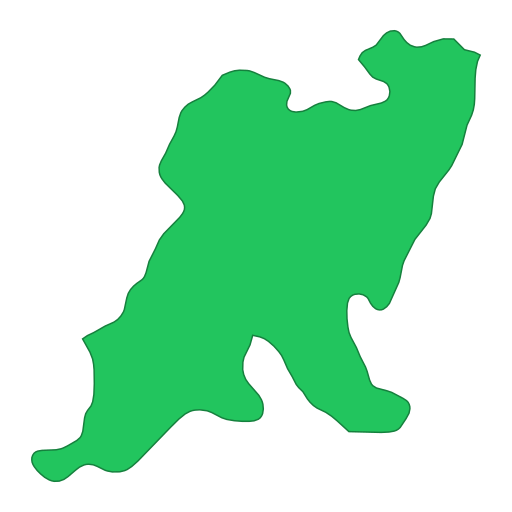 the district of Fantino, Sánchez Ramírez, Dominican Republic
{"feature_id": "3306468B63590922856333", "entity_name": "Fantino", "entity_type": "district", "adm_level": 2, "iso_a3": "DOM", "parent_name": "Dominican Republic", "parent_adm1": "Sánchez Ramírez", "projection": "albers", "projection_center": [-70.302, 19.098], "detail": "fine", "context": "isolated", "style": "filled", "palette": "green", "viewbox_px": 512, "rotation_deg": 0, "n_neighbors": 0, "source": "geoboundaries", "source_scale": "gbopen_adm2", "svg_char_len": 3681}
<svg xmlns="http://www.w3.org/2000/svg" viewBox="0 0 512 512"><path d="M453.8,39.0L443.2,38.9L433.7,41.6L425.7,45.4L421.5,46.8L416.8,47.2L414.5,46.8L410.2,45.2L406.8,42.6L404.1,39.6L399.9,33.4L398.4,32.1L396.6,31.2L394.6,30.7L390.3,31.1L386.6,32.9L383.5,35.5L376.2,45.1L372.9,47.2L365.4,50.4L362.2,52.7L360.0,56.0L358.5,59.6L364.6,66.9L369.9,74.1L372.7,77.1L376.2,79.0L383.6,81.5L386.9,83.7L388.2,85.5L389.1,87.4L389.9,91.6L389.3,95.9L388.4,97.9L387.1,99.8L385.3,101.2L381.4,103.0L370.5,105.6L360.3,109.6L355.7,110.5L351.0,110.2L348.7,109.6L344.2,107.6L336.1,102.8L331.8,101.5L329.7,101.4L325.6,101.9L319.0,103.5L314.7,105.3L307.0,109.7L302.7,111.3L296.0,112.1L291.8,111.4L289.8,110.4L288.2,109.0L287.1,107.1L286.6,105.1L286.9,101.4L290.4,93.3L290.4,90.3L289.8,88.8L288.0,86.0L285.0,83.3L283.2,82.2L278.8,80.6L269.3,78.7L264.7,77.3L254.2,72.5L249.6,70.9L247.1,70.5L239.5,70.2L234.5,70.8L230.0,72.1L222.3,75.3L214.8,85.2L208.1,92.1L204.5,95.2L200.7,97.8L192.3,101.9L188.2,104.2L184.8,107.2L181.9,110.8L180.8,112.8L179.2,117.5L177.3,127.1L176.0,131.8L174.1,136.0L169.6,144.2L165.7,153.1L161.3,160.9L159.6,165.0L159.1,167.5L159.3,172.4L159.9,174.8L160.9,177.1L162.2,179.2L165.2,183.1L177.8,195.5L182.4,201.0L184.3,205.0L184.6,207.3L184.4,209.6L183.6,211.7L182.5,213.7L179.7,217.4L163.8,233.7L159.4,239.9L155.4,248.9L149.1,261.3L146.1,272.6L144.5,276.6L143.3,278.4L141.9,279.8L136.8,283.4L133.6,286.1L130.6,289.5L128.3,293.3L126.8,297.9L124.3,309.7L123.4,312.0L120.9,316.0L117.8,319.4L114.0,322.1L105.3,326.0L93.5,332.7L87.4,335.6L82.6,338.9L90.0,352.2L92.6,358.9L93.6,364.3L94.1,369.8L94.3,383.7L93.9,394.4L92.7,401.8L91.0,406.0L87.6,410.4L85.7,413.7L84.6,417.8L82.8,431.4L81.3,435.7L80.1,437.6L76.8,440.5L67.3,446.0L63.2,448.0L61.0,448.8L56.1,449.8L42.0,450.4L37.8,451.1L35.8,451.9L34.0,453.3L32.7,455.3L31.9,457.6L31.8,459.9L32.1,462.2L33.0,464.5L34.2,466.6L37.2,470.5L40.7,474.0L44.7,477.3L49.2,479.9L51.7,480.8L54.2,481.3L59.2,481.1L63.9,479.4L68.0,476.6L75.6,470.1L79.5,467.1L83.9,465.0L86.2,464.4L88.6,464.2L93.3,464.8L97.3,466.4L105.2,470.3L107.5,471.0L112.3,471.9L119.8,471.8L124.7,470.6L127.2,469.5L131.7,466.5L137.8,461.1L171.0,426.8L178.9,419.0L185.2,413.9L189.9,411.4L192.3,410.6L194.8,410.1L199.8,409.8L207.2,410.8L211.7,412.5L221.9,417.8L226.7,419.4L234.3,420.7L242.0,421.3L249.4,421.3L254.1,420.8L258.4,419.2L260.3,417.7L261.7,415.7L262.6,413.6L263.3,409.0L262.9,404.3L262.3,402.0L261.4,399.7L258.8,395.3L248.6,383.6L245.7,379.4L243.7,374.6L242.7,369.7L242.9,362.1L244.0,357.2L250.0,344.9L252.7,335.3L259.9,336.9L264.4,338.7L268.4,341.3L273.9,346.1L278.8,351.6L281.6,355.5L283.8,359.9L287.6,368.7L292.2,376.6L296.2,384.4L298.7,387.6L302.9,391.7L307.4,398.9L310.1,402.3L313.4,405.5L317.1,408.1L325.8,412.3L331.6,416.2L337.1,420.8L348.9,431.6L381.2,432.4L389.1,432.0L394.1,431.1L396.4,430.3L398.5,429.0L400.2,427.4L406.0,418.7L409.0,413.2L409.9,408.8L409.8,406.6L409.2,404.4L408.1,402.3L406.6,400.7L403.1,398.4L391.7,392.4L387.3,390.9L376.4,388.0L372.8,385.7L371.4,384.0L369.6,380.1L367.1,371.3L365.5,367.0L360.2,356.7L356.4,347.6L350.9,337.3L349.0,332.5L347.9,327.0L347.0,318.8L346.8,310.6L347.5,303.0L349.1,298.4L350.7,296.5L352.7,295.1L354.8,294.3L359.1,293.9L363.2,294.8L366.7,296.9L368.0,298.4L370.6,303.3L372.8,306.3L375.6,308.7L377.4,309.5L379.4,309.9L381.5,309.8L383.4,309.1L386.7,306.7L389.4,303.4L398.8,282.4L400.1,277.6L402.5,265.3L404.1,260.7L414.9,239.4L426.1,225.1L430.0,218.4L431.4,213.6L433.4,196.1L435.3,188.8L439.2,182.1L448.9,169.9L451.7,165.6L462.1,144.4L467.0,125.2L471.6,115.2L473.3,109.9L474.3,104.3L474.7,98.6L475.1,78.2L475.8,69.6L477.5,61.4L480.2,55.1L474.5,52.2L464.4,49.7L453.8,39.0Z" fill="#22c55e" stroke="#15803d" stroke-width="1.5"/></svg>